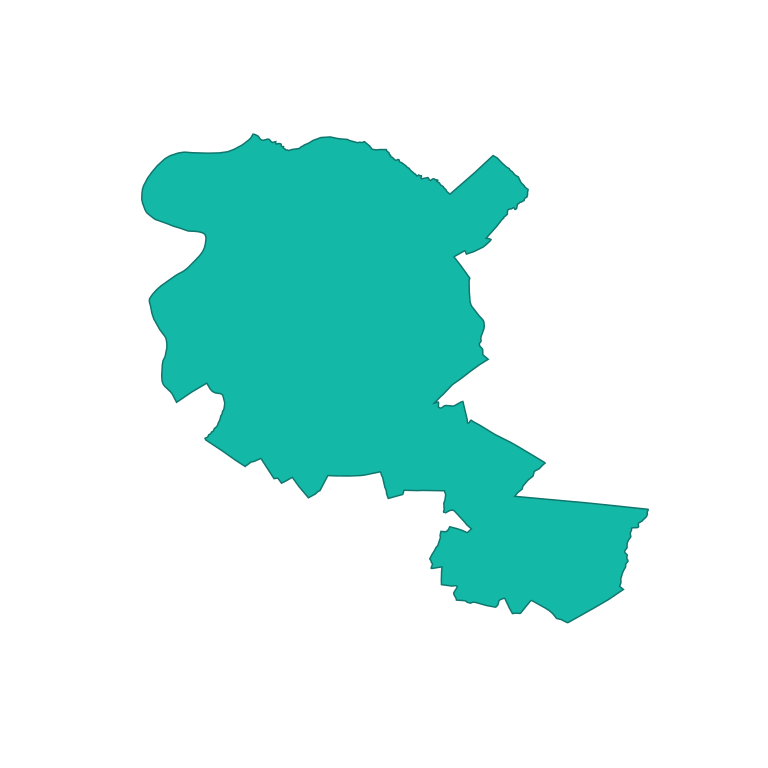 the district of Bang Khonthi, Samut Songkhram, Thailand, rotated 71°
{"feature_id": "78962969B68026694261665", "entity_name": "Bang Khonthi", "entity_type": "district", "adm_level": 2, "iso_a3": "THA", "parent_name": "Thailand", "parent_adm1": "Samut Songkhram", "projection": "equal_earth", "projection_center": [99.954, 13.478], "detail": "fine", "context": "isolated", "style": "filled", "palette": "teal", "viewbox_px": 768, "rotation_deg": 71, "n_neighbors": 0, "source": "geoboundaries", "source_scale": "gbopen_adm2", "svg_char_len": 6165}
<svg xmlns="http://www.w3.org/2000/svg" viewBox="0 0 768 768"><g transform="rotate(71 384 384)"><path d="M611.9,385.9L615.1,378.3L616.0,377.2L617.4,376.5L619.4,373.5L619.2,371.1L620.2,368.7L626.9,359.1L631.3,351.3L631.3,350.8L630.1,348.4L626.7,346.1L626.0,345.1L625.7,343.5L625.7,340.0L626.5,339.5L636.7,338.4L642.9,337.3L643.6,333.7L645.2,330.2L645.1,329.4L637.6,317.4L636.7,315.6L636.8,314.8L648.3,304.5L652.1,301.5L655.7,299.4L661.9,297.1L664.3,293.3L669.3,288.4L669.5,287.6L664.1,258.0L660.9,241.9L656.2,224.5L652.1,227.1L648.9,224.6L645.2,223.5L641.0,220.5L638.6,218.5L635.7,215.1L633.0,214.1L631.0,211.0L629.9,210.8L627.8,211.3L625.4,209.9L624.5,209.7L622.1,211.0L620.7,211.0L620.0,210.5L618.0,207.5L614.0,206.1L611.4,203.9L608.9,200.4L605.1,199.7L602.7,197.5L601.0,196.9L600.8,196.2L602.3,191.1L602.2,190.3L601.7,189.7L599.7,189.3L598.3,188.6L597.7,184.8L596.6,182.9L595.5,180.1L594.7,178.9L592.9,177.3L591.2,177.1L588.9,175.1L588.4,175.2L563.5,228.6L532.8,296.9L530.3,293.1L528.4,287.7L525.8,285.9L522.4,280.2L521.6,278.7L519.6,273.1L515.8,270.5L515.3,269.2L514.7,264.9L512.3,260.2L511.2,257.4L510.0,258.1L488.0,276.6L481.1,282.6L467.9,295.5L454.2,306.8L448.2,312.3L446.7,313.2L446.6,314.0L448.3,316.1L448.4,317.0L448.1,317.6L447.4,317.7L445.6,317.0L426.2,315.1L426.1,316.7L427.6,325.3L424.4,332.6L424.4,334.6L425.3,337.2L425.3,338.1L424.8,339.0L423.4,340.1L419.8,338.6L418.9,338.5L418.6,339.0L418.4,342.6L414.2,334.2L413.1,331.5L406.9,319.6L404.0,309.6L400.0,297.7L396.8,287.3L394.6,277.4L388.5,281.0L383.7,279.5L382.2,279.7L379.9,280.9L378.3,281.1L376.8,280.7L375.4,278.5L374.8,278.1L372.7,277.8L370.3,276.4L364.7,271.8L362.2,270.4L357.7,269.3L355.6,269.6L350.1,272.0L339.3,275.7L337.2,276.0L334.1,275.8L324.9,273.4L315.1,270.3L313.3,269.5L311.9,268.4L296.6,273.0L286.7,276.4L286.2,275.1L284.3,264.4L284.7,263.9L288.0,263.8L288.1,256.1L286.8,245.6L285.0,240.9L283.1,236.7L282.2,235.8L280.5,237.8L279.5,240.0L278.9,239.1L271.8,226.4L266.7,218.5L266.2,216.9L265.2,216.4L264.8,214.7L263.8,212.4L263.2,211.9L261.1,211.2L259.5,209.9L259.4,208.8L259.9,206.3L259.4,204.5L259.6,203.9L260.3,203.5L261.5,203.4L261.7,203.0L261.6,202.2L261.0,201.3L257.4,199.3L257.3,197.9L256.5,196.5L256.7,194.6L256.4,193.8L256.1,191.8L255.0,191.1L254.1,190.0L253.8,188.1L251.9,186.7L249.6,185.9L247.1,184.4L244.0,186.5L242.4,186.8L238.0,188.9L231.9,189.6L229.2,192.0L224.7,193.8L223.3,195.0L221.1,195.5L218.7,197.6L213.0,200.7L207.2,203.3L203.5,206.5L213.7,229.5L226.0,259.8L222.5,261.9L220.3,262.2L218.6,263.3L216.5,263.8L214.5,265.5L211.6,266.3L209.8,268.1L209.4,268.1L208.9,266.8L208.5,266.9L207.8,268.8L206.6,269.5L206.0,270.6L206.0,271.4L206.7,273.4L206.6,273.9L205.5,274.8L203.7,274.9L203.1,275.3L202.3,281.0L201.9,281.8L201.1,282.1L199.8,280.9L199.3,280.9L198.5,282.4L197.7,283.1L198.1,284.6L197.9,285.3L196.0,285.9L194.4,287.1L190.7,289.3L188.2,290.1L186.7,291.5L185.2,292.1L181.5,294.5L180.4,295.3L179.5,296.6L178.3,297.0L177.5,296.7L176.8,296.9L176.2,297.8L176.5,299.5L176.3,300.1L175.1,301.1L173.9,301.5L172.5,302.3L170.9,303.9L170.0,303.3L168.5,304.2L166.9,304.0L165.1,305.3L163.0,305.6L160.9,311.9L160.0,315.6L158.9,317.3L158.3,318.8L154.4,320.0L148.5,323.6L148.4,324.1L148.7,325.7L147.4,328.5L147.3,330.3L142.6,337.3L140.8,339.0L138.7,344.0L136.8,347.9L132.9,354.4L130.4,363.5L130.6,371.9L131.6,376.0L132.1,381.8L132.5,383.1L132.9,385.7L133.7,387.3L132.3,394.8L132.3,398.0L131.4,398.9L130.7,400.7L129.4,401.2L128.5,402.2L127.9,402.2L126.8,401.7L126.4,403.0L125.4,403.6L123.9,403.2L123.3,403.4L122.2,405.5L122.1,407.8L121.0,408.0L119.6,407.4L119.3,410.8L117.7,412.0L115.6,412.7L114.9,413.4L114.5,414.6L114.3,418.8L113.6,420.1L111.9,421.4L109.7,421.9L108.4,422.5L105.9,425.0L105.1,426.5L107.9,429.7L109.1,432.0L111.8,440.1L113.3,449.4L113.5,455.6L113.3,457.3L111.8,464.7L108.4,475.4L102.9,490.0L100.1,496.4L99.5,498.4L98.6,503.5L98.5,511.0L98.7,513.0L99.5,516.9L100.2,519.0L103.6,526.9L108.3,534.8L112.2,540.3L118.2,546.7L121.5,549.1L125.5,551.0L130.5,552.9L134.5,553.4L141.7,553.2L144.3,552.7L146.5,551.6L152.4,547.9L154.1,546.5L161.4,537.3L166.4,531.5L169.9,526.6L175.1,520.0L175.7,519.1L178.0,513.3L179.6,509.9L181.8,506.5L183.3,505.2L184.3,504.6L186.4,504.5L188.7,505.0L193.4,507.3L196.9,509.6L199.7,512.3L202.1,515.7L203.7,518.5L209.5,530.0L210.8,533.0L212.1,537.1L212.9,542.5L213.8,546.5L218.6,562.9L220.9,568.4L223.9,573.8L227.0,577.9L228.8,578.8L231.0,579.2L233.8,579.3L241.5,580.4L247.5,580.5L259.6,578.3L268.2,575.5L269.9,575.3L272.1,575.6L275.0,576.1L279.0,577.5L286.7,582.0L290.1,585.4L293.5,587.3L303.9,591.5L306.8,592.3L309.2,592.9L312.6,592.8L314.7,592.1L321.9,588.4L324.3,587.5L333.8,586.1L329.0,568.4L325.5,551.3L332.0,550.0L334.4,549.1L335.8,548.1L337.7,546.1L339.8,541.9L341.2,540.5L342.4,540.1L349.9,540.7L353.2,542.2L356.0,543.8L357.0,545.2L357.4,545.3L358.1,546.1L359.2,546.5L361.2,548.8L364.4,550.8L367.0,553.5L369.2,555.2L370.0,556.5L370.9,558.9L373.0,560.9L373.2,561.4L373.2,562.7L374.6,564.1L375.0,566.4L376.5,567.6L376.9,569.0L377.1,570.9L378.8,570.8L393.9,559.2L408.0,549.0L416.8,542.1L416.4,541.6L416.1,539.9L414.5,535.2L414.9,532.2L414.3,524.6L437.7,518.8L438.2,515.9L438.8,514.9L444.4,513.2L443.9,509.2L442.4,501.1L453.2,497.8L467.0,492.5L465.6,484.6L464.1,481.2L463.9,479.2L452.3,466.9L455.5,458.7L459.8,446.4L462.8,436.4L463.7,432.4L465.8,416.3L466.4,415.9L469.6,416.0L472.0,415.7L481.7,416.8L485.3,416.6L489.1,417.3L493.6,417.2L494.5,402.5L494.3,402.0L491.2,399.9L491.1,399.3L495.6,387.3L497.4,381.5L504.6,361.7L508.7,361.7L513.5,364.1L516.2,366.3L519.8,367.2L520.5,367.7L521.8,367.5L523.6,369.1L524.6,369.3L525.8,367.7L525.1,363.3L525.2,361.4L525.7,360.1L526.7,358.9L540.8,352.7L544.5,351.4L549.4,348.5L551.2,352.5L551.5,353.4L551.5,353.9L548.0,357.6L544.8,361.7L540.4,368.3L540.6,368.6L542.7,370.4L543.0,371.7L544.0,373.1L541.9,378.2L545.7,380.4L547.5,380.6L554.2,385.7L555.7,388.3L557.6,390.1L560.8,394.1L564.3,397.7L566.1,397.1L568.2,397.3L569.9,396.6L573.2,399.3L573.7,399.4L574.2,398.0L575.7,389.0L576.0,388.7L579.8,390.5L588.0,393.6L592.4,395.0L597.2,385.5L598.0,381.9L598.9,380.8L599.5,380.8L600.1,381.2L603.9,385.8L604.7,386.3L606.1,386.4L610.3,385.6L611.9,385.9Z" fill="#14b8a6" stroke="#0f766e" stroke-width="1.5"/></g></svg>